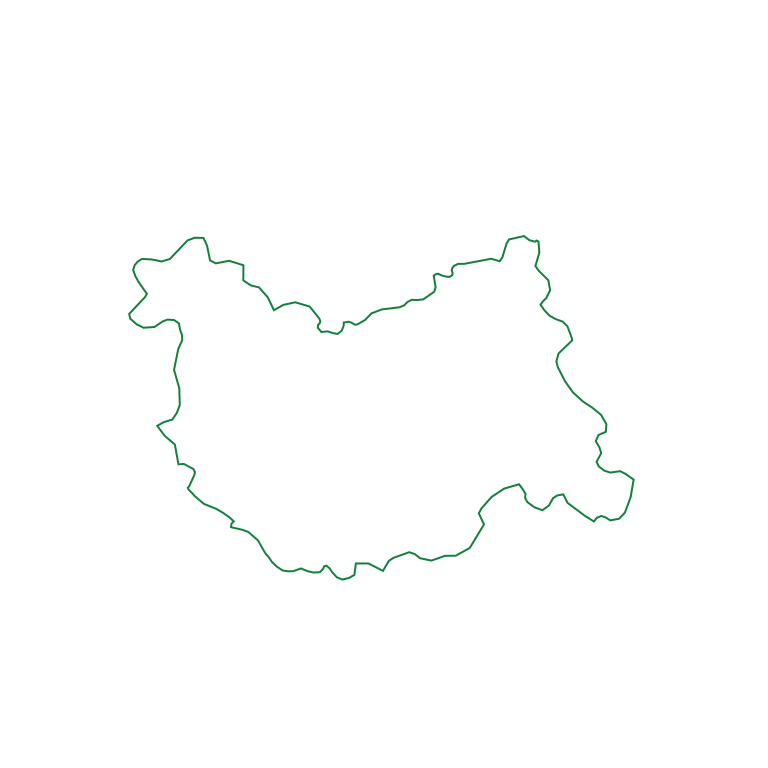 outline of Greater Poland, rotated 311°
{"feature_id": "POL-3144", "entity_name": "Greater Poland", "entity_type": "Voivodeship", "adm_level": 1, "iso_a3": "POL", "parent_name": "Poland", "parent_adm1": "", "projection": "albers", "projection_center": [17.345, 52.331], "detail": "fine", "context": "isolated", "style": "outline", "palette": "green", "viewbox_px": 768, "rotation_deg": 311, "n_neighbors": 0, "source": "natural_earth", "source_scale": "10m", "svg_char_len": 2758}
<svg xmlns="http://www.w3.org/2000/svg" viewBox="0 0 768 768"><g transform="rotate(311 384 384)"><path d="M587.5,392.6L587.9,399.4L590.5,404.6L592.4,405.1L592.8,407.2L585.0,415.1L572.3,420.9L571.0,426.8L570.1,440.0L563.7,447.9L555.1,450.1L550.6,449.7L546.5,450.1L544.9,456.6L544.1,463.8L545.7,471.2L548.3,477.9L547.9,484.6L541.8,495.7L540.4,497.4L521.5,495.7L514.1,499.3L510.8,504.0L504.9,518.6L501.7,531.5L501.3,545.4L502.8,556.9L503.1,568.1L499.6,578.2L493.4,582.8L486.2,579.3L479.7,581.4L477.6,588.0L474.3,593.3L464.7,595.5L462.7,600.2L463.1,607.0L465.6,612.9L473.2,619.5L474.6,625.3L475.6,635.1L460.6,644.3L444.9,650.2L436.5,649.8L429.5,644.2L428.8,639.1L427.0,634.6L422.6,632.4L418.0,632.6L416.3,622.2L414.7,600.6L418.3,591.7L413.6,587.9L408.6,586.5L400.5,588.2L392.7,586.4L389.7,578.7L388.9,569.6L390.7,565.1L393.8,563.0L395.6,557.8L396.9,551.7L383.9,543.3L369.4,539.3L354.1,539.2L348.6,540.4L343.6,551.6L316.5,556.3L301.5,550.8L294.4,542.8L281.8,535.6L276.2,525.6L275.8,518.7L273.6,513.4L259.0,505.2L253.7,503.7L242.3,505.8L238.4,490.1L230.1,480.5L220.5,486.9L214.6,484.8L209.1,480.9L207.2,475.2L208.0,468.0L209.2,464.0L209.1,459.7L207.0,458.4L204.7,459.3L199.9,459.1L195.4,454.4L192.5,448.9L190.3,442.3L183.2,438.3L179.8,434.6L176.8,430.0L175.9,423.3L176.2,416.2L177.8,410.1L178.1,406.9L178.9,403.9L183.3,391.5L183.3,378.6L180.8,372.3L175.6,362.5L178.4,360.6L181.8,360.7L181.9,354.4L181.1,346.7L179.7,339.3L175.4,326.8L175.2,315.0L175.8,310.5L176.1,305.8L177.0,303.9L178.9,304.1L191.1,300.5L193.6,299.0L194.8,295.7L192.3,285.3L188.5,281.6L201.1,265.9L201.0,252.4L203.7,240.3L210.7,242.8L218.3,247.6L226.3,246.6L234.1,243.7L246.5,232.3L256.9,216.3L275.3,205.8L284.6,203.0L288.3,199.6L291.3,194.3L295.2,189.5L294.5,183.5L290.6,178.4L286.0,175.9L276.5,173.4L268.7,165.6L266.8,158.1L266.8,149.7L269.7,145.7L292.7,146.6L296.5,145.9L299.8,132.5L302.3,125.5L305.6,119.8L310.1,117.9L314.9,117.8L319.6,119.3L325.5,126.8L330.7,135.9L338.0,140.4L363.5,141.5L370.2,145.2L375.8,151.9L372.3,159.7L363.2,171.6L364.7,177.9L375.4,186.3L381.4,200.0L369.9,209.8L371.0,218.7L374.9,226.2L373.2,239.3L367.5,252.5L377.8,256.2L387.4,263.4L393.7,277.1L391.0,292.1L389.5,294.9L387.4,295.7L385.2,295.5L383.0,297.2L382.2,302.6L386.8,307.0L388.8,312.0L391.3,316.1L396.5,317.1L401.6,315.3L403.9,313.3L407.9,316.6L409.0,319.4L409.6,322.9L410.6,324.2L412.0,325.0L420.2,327.8L429.1,328.2L438.8,333.4L452.0,345.3L456.5,347.6L461.3,347.9L465.6,349.6L469.4,354.2L473.6,358.1L486.6,361.4L491.0,359.4L498.3,350.5L500.8,351.1L502.7,352.4L503.7,356.2L505.3,359.6L507.8,363.2L510.9,364.1L512.9,362.9L514.1,360.6L516.4,359.5L518.9,359.2L523.4,361.2L527.3,365.7L548.9,382.8L552.5,390.7L557.2,390.3L570.5,384.3L575.1,383.5L587.5,392.6Z" fill="none" stroke="#15803d" stroke-width="2"/></g></svg>